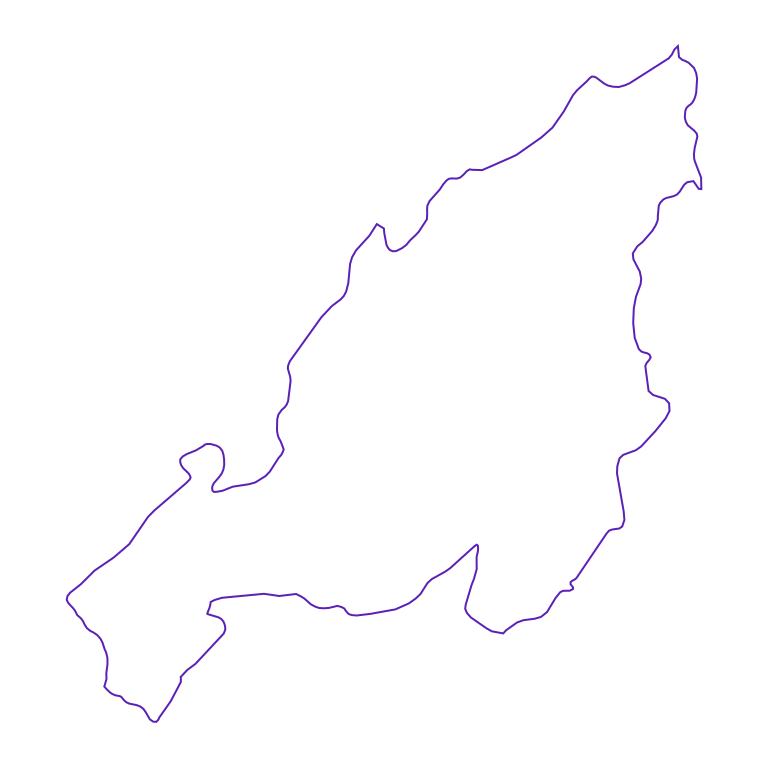 Nagaland, Mercator projection
{"feature_id": "IND-2479", "entity_name": "Nagaland", "entity_type": "State", "adm_level": 1, "iso_a3": "IND", "parent_name": "India", "parent_adm1": "", "projection": "mercator", "projection_center": [94.35, 26.119], "detail": "fine", "context": "isolated", "style": "outline", "palette": "violet", "viewbox_px": 768, "rotation_deg": 0, "n_neighbors": 0, "source": "natural_earth", "source_scale": "10m", "svg_char_len": 4219}
<svg xmlns="http://www.w3.org/2000/svg" viewBox="0 0 768 768"><path d="M701.3,189.1L698.7,188.8L693.4,181.1L687.3,182.2L684.2,184.7L679.6,191.8L676.8,194.7L673.5,196.2L666.2,198.0L663.3,199.5L660.1,202.9L658.8,205.7L657.8,216.3L657.9,218.6L657.4,221.2L655.7,225.3L652.2,231.0L642.5,242.1L637.3,246.3L632.8,253.4L633.4,259.3L639.8,271.6L641.2,278.7L640.6,284.2L636.0,296.6L633.8,308.3L633.2,323.1L634.7,337.8L638.8,349.0L641.3,351.5L644.0,352.5L646.8,353.1L649.4,354.5L650.7,357.4L649.1,360.1L646.6,363.0L645.3,366.1L648.6,391.0L653.1,395.0L664.9,398.8L669.1,403.3L669.5,411.0L665.6,418.4L655.2,431.3L641.1,446.5L635.7,450.3L623.3,454.8L619.5,458.3L617.3,466.3L617.0,473.4L623.7,511.5L624.4,519.9L622.2,526.5L619.3,528.5L612.2,529.5L609.0,530.7L606.5,533.6L576.7,577.7L575.5,579.0L572.0,580.9L570.6,582.2L570.5,584.1L573.1,587.5L572.9,589.1L569.7,590.7L563.2,590.8L560.3,592.1L555.5,598.1L547.0,612.1L541.0,616.9L534.9,618.7L523.4,620.2L517.0,622.5L506.2,630.2L503.2,633.4L491.8,631.3L486.3,628.2L470.8,617.4L466.9,612.9L465.2,608.8L465.7,604.7L471.5,585.2L474.0,578.8L476.7,569.1L476.6,556.9L477.8,551.8L478.1,548.9L477.8,545.5L476.6,544.7L474.7,546.0L450.0,568.3L445.4,571.5L431.8,579.1L427.5,583.0L420.5,594.0L415.6,598.6L408.7,603.5L395.3,609.4L370.8,613.8L356.8,615.5L352.0,615.1L349.3,614.3L348.6,613.9L348.2,613.6L346.0,611.1L344.3,608.5L341.5,607.0L337.3,605.9L329.1,607.9L323.7,608.3L319.2,608.0L315.1,606.6L311.0,604.4L304.3,598.5L300.6,596.2L296.1,594.0L285.9,595.2L279.3,596.0L264.0,593.8L221.9,597.8L214.6,600.0L210.7,602.0L210.3,604.7L209.5,607.8L207.6,612.5L207.3,613.7L207.3,613.8L207.5,613.9L208.0,614.2L218.4,617.3L221.3,619.0L223.3,621.3L224.6,624.3L225.2,627.3L225.3,629.6L223.7,633.6L195.5,663.8L187.2,670.0L180.7,677.0L180.9,678.5L180.8,682.1L170.7,701.3L159.5,717.2L158.2,719.9L156.2,721.9L153.1,721.6L149.9,719.4L145.6,712.0L143.4,708.9L140.4,706.6L136.6,705.1L129.2,703.6L126.2,702.2L124.1,700.3L121.5,697.1L120.7,696.5L119.3,696.0L117.2,695.7L114.8,695.1L112.2,693.9L110.1,692.5L106.9,689.5L104.3,686.6L106.5,679.0L106.3,673.3L107.5,664.0L107.4,657.7L106.1,652.4L104.6,649.1L102.5,642.6L100.6,638.9L97.2,635.0L93.5,632.5L90.0,630.7L86.8,628.0L84.7,624.7L82.9,620.9L80.8,618.2L78.6,616.3L77.3,615.1L76.7,614.2L76.5,613.6L75.2,611.0L73.3,608.4L68.3,603.0L66.7,599.8L67.5,596.0L70.0,592.8L81.0,584.1L94.4,570.7L113.7,557.5L129.3,544.1L148.0,516.9L154.3,510.5L186.5,482.8L189.6,479.6L190.6,477.5L189.9,475.5L188.5,473.3L183.3,468.3L181.3,465.4L180.2,462.2L180.3,459.3L182.7,456.5L186.7,454.1L195.9,450.4L203.3,446.0L204.9,444.6L207.1,444.0L210.5,444.0L216.4,445.6L219.6,447.4L222.2,450.7L223.5,454.8L224.1,459.7L224.2,465.1L223.4,469.5L221.8,473.4L219.2,477.0L213.8,483.2L212.4,486.2L212.1,488.2L212.5,490.7L213.9,491.9L216.9,491.8L222.7,490.7L232.7,486.7L249.0,484.2L255.4,482.4L265.6,476.0L269.9,471.5L278.6,457.9L281.2,455.0L282.8,452.0L283.7,449.4L280.8,441.7L278.7,437.8L277.8,435.1L277.2,431.9L277.0,429.6L277.2,419.5L278.4,414.6L281.7,409.9L284.8,407.2L286.8,404.3L288.1,401.1L290.6,381.0L290.2,376.8L287.8,368.5L288.1,365.7L289.8,361.3L321.4,317.2L331.9,306.0L340.5,299.5L343.8,296.0L346.1,291.7L348.3,283.1L350.1,263.9L352.1,257.2L356.0,250.4L369.4,235.7L376.8,224.1L383.9,228.5L384.3,233.3L386.3,243.9L386.4,244.3L386.4,244.6L387.7,247.3L389.6,249.8L392.5,251.2L396.1,251.1L401.9,248.2L406.2,245.0L410.4,240.0L415.7,235.0L418.9,231.6L426.9,219.3L427.2,212.8L427.1,209.7L427.3,205.8L429.6,201.0L439.8,189.5L443.1,184.5L446.3,180.7L448.8,178.8L451.8,178.4L456.7,178.6L460.1,177.6L463.7,174.5L466.7,171.2L469.6,169.4L472.5,169.8L482.2,170.1L509.4,158.2L516.5,154.9L541.4,137.4L552.5,127.6L563.7,111.6L573.1,95.0L577.2,90.1L586.6,81.5L589.5,78.3L591.8,76.6L594.3,76.7L596.4,77.7L604.2,83.6L608.1,85.6L612.9,86.7L618.8,87.0L625.2,85.2L629.7,83.2L668.6,58.4L669.0,58.3L669.8,57.0L671.9,54.6L674.4,49.5L677.9,46.1L679.0,57.1L682.3,59.9L685.2,60.9L688.7,62.8L694.1,68.1L696.2,73.2L697.1,78.7L696.2,92.7L695.3,96.3L694.1,99.6L692.5,102.4L690.6,104.4L688.4,105.9L686.4,108.1L685.3,110.9L684.8,117.4L685.8,121.7L687.8,125.3L694.2,130.6L696.7,133.6L697.4,136.4L694.7,147.8L693.9,154.4L694.2,158.6L694.8,161.2L701.1,177.6L701.3,189.0L701.3,189.1Z" fill="none" stroke="#5b21b6" stroke-width="2"/></svg>